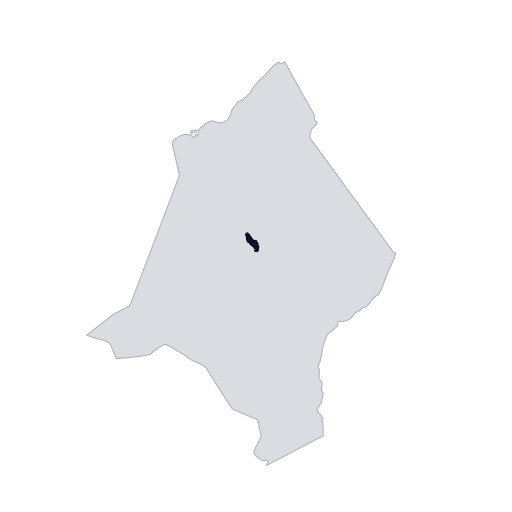 location of Igembe South, Eastern, Kenya, rotated 201°
{"feature_id": "3690345B60078326777064", "entity_name": "Igembe South", "entity_type": "district", "adm_level": 2, "iso_a3": "KEN", "parent_name": "Kenya", "parent_adm1": "Eastern", "projection": "natural_earth1", "projection_center": [38.161, 0.099], "detail": "fine", "context": "in_parent", "style": "filled", "palette": "ink", "viewbox_px": 512, "rotation_deg": 201, "n_neighbors": 0, "source": "geoboundaries", "source_scale": "gbopen_adm2", "svg_char_len": 5865}
<svg xmlns="http://www.w3.org/2000/svg" viewBox="0 0 512 512"><g transform="rotate(201 256 256)"><path d="M126.4,308.7L126.3,302.3L127.1,286.0L127.0,271.7L127.7,264.5L130.7,260.0L132.1,256.7L133.2,252.1L134.8,248.3L138.4,245.2L139.0,243.5L142.9,238.4L145.2,231.9L146.9,229.6L149.1,227.6L150.6,226.5L153.2,225.4L155.1,224.8L155.5,224.2L155.7,223.2L155.0,219.1L155.9,217.8L157.2,215.1L158.7,212.5L160.1,210.9L160.9,209.2L161.3,206.4L161.3,204.3L161.3,201.0L160.9,193.5L159.3,187.2L158.3,180.1L159.0,177.8L157.7,173.7L157.1,173.4L156.0,172.5L154.7,168.6L153.7,165.1L153.1,164.2L148.7,161.1L146.6,153.7L144.1,152.1L142.8,144.8L142.6,142.7L144.0,135.4L143.8,133.8L142.4,132.2L138.3,130.7L135.0,127.7L135.4,126.6L135.7,125.5L133.9,124.8L128.9,112.3L135.4,104.9L142.0,97.3L150.5,87.7L158.2,78.9L164.9,71.3L170.9,64.5L170.7,65.8L170.8,67.5L171.5,68.6L172.7,69.3L174.4,68.5L175.9,67.5L177.4,67.2L186.4,70.1L187.9,72.5L187.8,75.2L188.1,77.1L187.5,79.0L186.7,84.9L186.9,90.2L189.6,94.2L192.0,97.3L193.9,101.7L195.3,103.0L197.3,103.7L203.4,103.9L212.6,104.2L221.4,104.4L222.2,104.5L224.0,105.1L232.1,111.0L239.5,116.5L245.8,121.1L251.9,125.7L257.8,130.1L262.4,133.8L266.9,134.9L274.2,135.5L279.3,135.7L284.0,137.2L291.0,138.7L296.2,139.4L299.4,140.2L308.1,141.1L309.6,140.6L313.4,136.5L317.7,129.9L319.4,126.2L325.0,122.6L334.8,117.5L341.7,113.9L349.4,110.3L352.9,113.5L357.7,118.5L359.8,120.9L361.6,122.0L364.2,122.7L367.4,122.8L369.1,122.6L372.7,122.0L381.0,121.4L385.7,121.5L381.7,128.1L376.9,136.0L368.1,150.6L361.4,158.3L356.3,164.2L355.9,165.2L355.9,171.7L356.0,187.5L356.1,219.2L356.2,250.9L356.3,282.6L356.4,298.4L356.4,303.8L360.8,310.4L365.2,316.9L370.9,325.6L374.0,330.2L374.5,331.7L374.4,334.8L369.6,341.3L365.7,344.2L360.5,345.6L359.0,345.3L356.9,344.4L356.1,345.9L355.5,348.4L354.3,347.9L353.5,347.1L354.0,351.4L354.5,353.5L353.7,356.4L351.2,358.9L351.0,361.0L345.5,366.5L337.7,367.1L333.6,369.9L331.8,372.1L330.4,377.1L330.9,384.6L328.7,390.4L328.3,393.3L324.3,397.0L322.5,400.5L321.2,404.0L320.0,405.6L318.7,413.4L316.8,418.2L316.3,419.8L315.8,421.2L314.4,424.0L313.4,426.0L312.7,427.2L308.0,439.5L304.3,445.0L301.4,444.4L299.4,446.5L299.2,447.5L298.2,446.9L295.8,444.9L290.8,440.8L285.8,436.6L280.8,432.4L275.8,428.3L270.9,424.1L265.9,420.0L260.9,415.8L255.9,411.7L253.0,409.2L251.7,407.8L250.7,404.9L250.2,404.2L248.8,403.3L247.3,403.1L246.8,402.6L246.8,401.2L247.4,399.2L249.2,395.4L249.4,393.1L249.1,390.6L248.5,386.5L248.0,385.6L244.7,383.4L237.8,379.0L230.8,374.5L223.9,370.0L217.0,365.5L210.0,361.1L203.1,356.6L196.2,352.1L189.3,347.6L182.3,343.2L175.4,338.7L168.5,334.2L161.5,329.7L154.6,325.3L147.7,320.8L140.7,316.3L133.8,311.8L131.2,310.1L128.9,308.7L126.4,308.7ZM356.9,352.2L355.7,352.5L356.3,350.4L359.9,347.6L361.3,348.2L361.6,348.9L361.5,349.5L360.9,350.0L356.9,352.2Z" fill="#d9dde1" stroke="#a8b0b8" stroke-width="1"/><path d="M256.1,261.8L256.2,262.0L256.3,261.9L256.4,262.0L256.7,262.3L256.6,262.6L256.4,262.6L256.4,262.8L256.5,262.8L256.4,263.4L256.4,263.5L256.6,263.7L256.8,263.9L256.8,264.1L256.7,264.1L256.7,264.3L256.8,265.4L256.9,265.6L257.0,265.7L257.2,265.8L257.6,266.3L257.9,266.6L258.2,266.8L258.5,266.9L258.8,267.7L259.0,268.5L259.3,268.5L259.5,268.5L259.8,268.7L260.0,268.8L260.2,269.0L260.3,269.1L260.5,269.2L260.5,269.3L260.7,269.5L260.8,269.8L260.9,270.0L261.0,270.1L261.2,269.9L261.3,270.0L261.5,270.1L261.8,270.1L261.9,269.9L262.0,269.9L261.9,269.9L262.0,269.8L262.2,270.0L262.3,269.9L262.4,269.5L262.6,269.4L262.7,269.2L262.8,269.2L263.0,269.3L263.0,269.2L263.3,269.0L263.5,269.2L264.0,269.2L264.2,269.4L264.4,269.7L264.6,269.8L264.7,270.0L264.8,270.0L265.0,270.1L265.3,270.1L265.5,270.4L265.8,270.5L266.0,270.5L266.2,270.4L266.3,270.4L266.4,270.5L266.5,270.6L266.8,270.7L266.7,270.8L267.0,270.9L267.0,271.0L267.0,271.4L267.3,271.5L267.5,271.8L267.7,271.7L267.8,271.7L268.0,271.8L268.2,271.7L268.3,271.9L268.6,271.9L268.6,272.0L268.8,272.0L269.0,272.2L269.0,272.4L269.1,272.5L269.3,272.7L269.4,272.8L269.3,273.0L269.5,273.1L270.0,273.3L270.1,273.5L270.3,273.6L270.5,273.4L270.8,273.4L270.9,273.5L271.2,273.7L271.3,273.8L271.5,274.0L271.8,274.1L271.9,274.3L272.0,274.3L272.2,274.1L272.3,273.9L272.7,273.9L272.9,273.9L273.0,273.8L273.1,273.7L272.9,273.4L272.9,273.2L273.0,273.0L272.9,273.0L272.9,272.9L272.8,272.7L272.7,272.7L272.8,272.4L272.7,272.4L272.7,272.2L272.8,272.1L272.6,272.0L272.5,271.8L272.6,271.7L272.4,271.6L272.4,271.4L272.2,271.3L272.0,271.2L271.9,271.2L271.8,270.9L271.7,270.8L271.5,270.7L271.4,270.5L271.1,270.3L271.1,270.2L271.0,269.9L271.2,269.7L270.9,269.5L270.9,269.4L270.7,269.4L270.8,269.2L270.9,268.9L270.8,268.7L270.5,268.7L270.5,268.4L270.3,268.4L270.1,268.3L270.1,268.2L270.1,267.9L270.1,267.7L269.9,267.5L269.8,267.1L269.7,267.1L269.4,267.0L269.4,266.9L269.1,266.8L269.1,266.7L268.8,266.4L268.7,266.2L268.4,266.3L268.1,266.3L268.1,266.2L267.9,266.2L267.9,266.3L267.7,266.3L267.5,266.2L267.4,266.2L267.3,266.4L267.2,266.4L267.2,266.5L266.9,266.5L266.6,266.5L266.5,266.4L266.4,266.3L266.4,266.2L266.2,265.9L266.1,265.6L266.1,265.4L265.9,265.3L265.9,265.2L265.7,265.1L265.4,265.1L265.2,265.1L265.0,264.9L264.9,264.9L264.7,264.8L264.4,264.7L264.2,264.6L263.9,264.5L263.6,264.6L263.3,264.5L263.2,264.3L263.0,264.2L262.9,264.2L262.7,264.2L262.3,264.0L262.2,264.0L262.0,263.9L261.8,263.9L261.8,264.0L261.7,264.0L261.7,263.9L261.4,263.8L261.1,263.8L261.0,263.7L260.9,263.7L260.7,263.2L260.4,263.0L260.3,262.8L260.1,262.7L259.9,262.4L259.7,262.3L259.5,262.5L259.0,262.8L258.9,262.8L258.9,262.6L258.8,262.4L258.9,262.2L258.7,262.0L258.6,261.9L258.4,261.6L258.4,261.4L258.5,261.3L258.6,261.2L258.8,261.1L258.8,260.9L258.7,260.9L258.9,260.7L258.8,260.3L258.2,260.4L258.1,260.5L257.8,260.6L257.7,260.8L257.7,261.0L257.5,261.3L257.5,261.5L257.2,261.4L257.0,261.6L256.8,261.3L256.7,261.4L256.5,261.5L256.4,261.3L256.3,261.6L256.2,261.7L256.1,261.8Z" fill="#0f172a" stroke="#020617" stroke-width="1.5"/></g></svg>